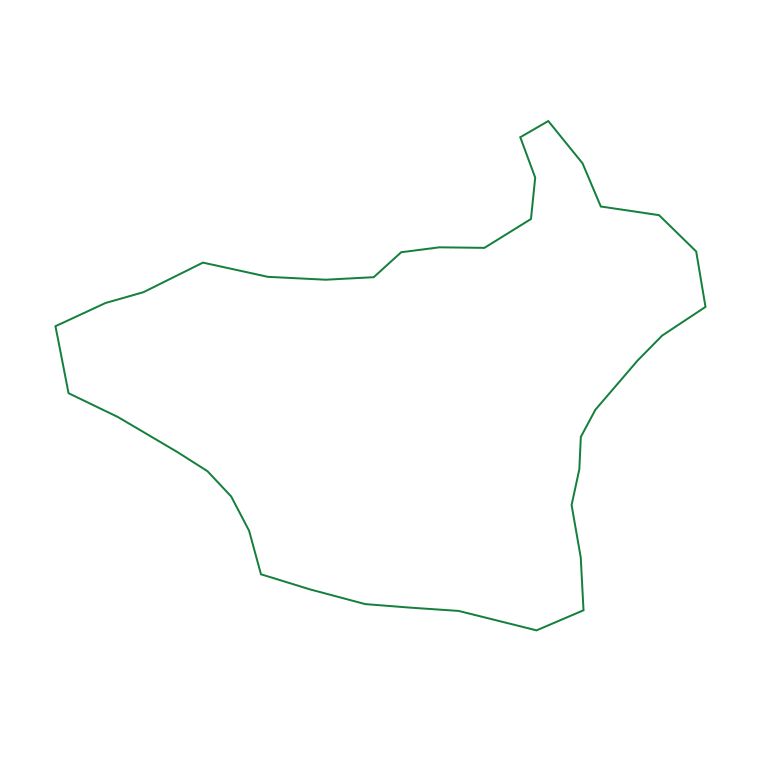 Klirou, Nicosia, Cyprus (Equal Earth projection), rotated 87°
{"feature_id": "46923920B55215381984426", "entity_name": "Klirou", "entity_type": "district", "adm_level": 2, "iso_a3": "CYP", "parent_name": "Cyprus", "parent_adm1": "Nicosia", "projection": "equal_earth", "projection_center": [33.181, 35.009], "detail": "fine", "context": "isolated", "style": "outline", "palette": "green", "viewbox_px": 768, "rotation_deg": 87, "n_neighbors": 0, "source": "geoboundaries", "source_scale": "gbopen_adm2", "svg_char_len": 655}
<svg xmlns="http://www.w3.org/2000/svg" viewBox="0 0 768 768"><g transform="rotate(87 384 384)"><path d="M620.4,196.6L567.5,196.6L514.7,203.0L479.4,193.4L447.1,190.2L420.7,174.2L373.7,129.4L350.2,103.7L323.8,58.9L268.0,65.3L229.8,100.5L218.1,158.2L174.0,174.2L130.0,206.2L144.7,235.0L185.8,222.2L226.9,228.6L253.3,276.6L250.4,321.5L253.3,359.9L276.8,388.7L276.8,436.8L270.9,494.4L253.3,558.5L279.7,619.4L288.5,657.8L309.1,709.1L323.4,707.0L376.7,699.5L403.1,651.4L441.3,593.7L461.8,564.9L488.3,542.5L523.5,526.4L567.6,516.8L585.2,468.8L602.8,414.3L608.7,369.5L614.5,321.5L638.0,244.6L620.4,196.6Z" fill="none" stroke="#15803d" stroke-width="2"/></g></svg>